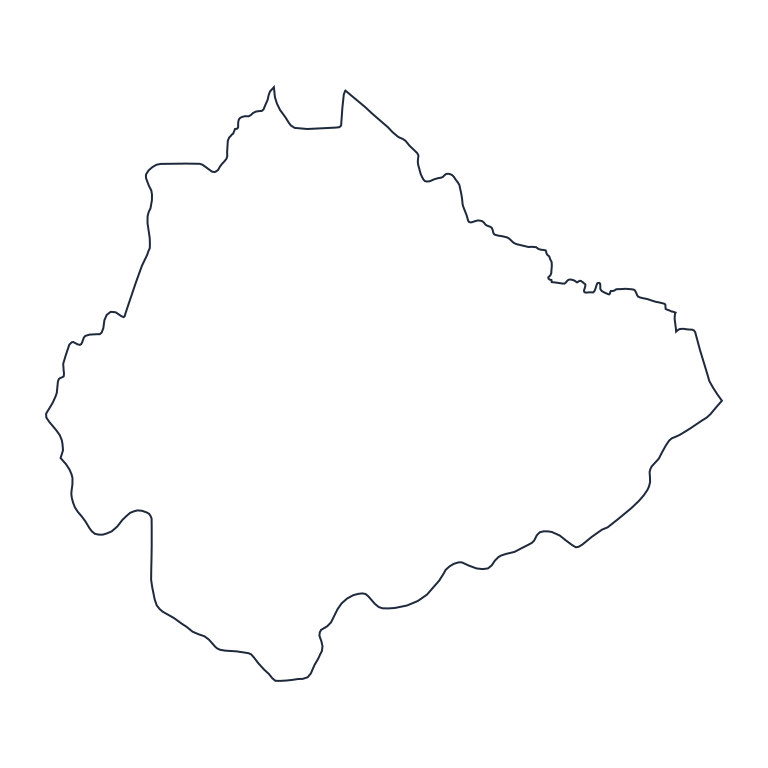 Phu Hoa, Phú Yên, Vietnam (Robinson projection)
{"feature_id": "81297802B95398881806036", "entity_name": "Phu Hoa", "entity_type": "district", "adm_level": 2, "iso_a3": "VNM", "parent_name": "Vietnam", "parent_adm1": "Phú Yên", "projection": "robinson", "projection_center": [109.194, 13.068], "detail": "fine", "context": "isolated", "style": "outline", "palette": "slate", "viewbox_px": 768, "rotation_deg": 0, "n_neighbors": 0, "source": "geoboundaries", "source_scale": "gbopen_adm2", "svg_char_len": 5995}
<svg xmlns="http://www.w3.org/2000/svg" viewBox="0 0 768 768"><path d="M721.9,400.7L717.3,394.3L713.0,387.6L709.3,381.0L706.9,372.7L699.9,349.7L695.2,332.2L694.0,330.5L692.3,329.7L687.5,329.4L683.3,328.8L679.8,329.0L677.6,330.2L676.1,331.6L675.9,328.6L675.6,326.5L675.3,323.9L674.8,320.3L674.6,317.8L675.0,313.9L675.6,312.6L672.3,311.5L671.6,311.5L669.3,310.4L666.7,309.5L665.7,309.0L665.5,307.7L665.4,304.9L664.7,303.9L663.5,303.5L658.6,302.3L655.8,301.8L652.5,300.8L647.8,299.2L644.8,298.5L642.9,298.2L639.9,297.4L638.1,296.6L638.0,296.4L637.2,295.4L636.3,293.1L635.5,291.4L634.7,290.2L633.6,289.6L631.9,289.3L625.5,288.8L620.7,289.1L616.6,289.2L615.9,289.5L614.1,290.7L611.9,291.1L610.8,291.0L610.3,291.9L609.9,293.5L609.5,294.1L609.1,294.4L607.8,294.0L604.6,292.6L601.8,291.1L600.5,289.4L600.3,288.2L600.3,285.3L600.1,283.6L599.2,282.9L598.2,282.9L597.6,283.1L596.9,284.1L595.4,288.9L594.3,291.3L593.8,291.8L593.1,292.4L590.0,292.3L585.8,292.6L584.5,292.2L584.0,291.1L584.1,290.1L585.2,286.6L585.4,285.2L585.3,284.3L584.2,283.5L582.6,282.1L581.0,281.0L579.6,280.8L578.3,281.6L577.4,282.3L576.8,282.3L575.6,281.4L574.5,280.6L572.9,280.0L570.6,279.5L569.1,279.6L567.6,280.4L566.1,282.2L565.4,282.9L564.4,283.6L562.1,283.5L556.2,282.6L551.7,282.1L551.6,281.0L551.4,279.9L550.4,279.8L549.4,279.5L548.6,278.7L548.3,278.0L548.3,277.3L549.3,276.4L550.3,275.4L550.9,274.1L551.3,272.9L551.4,270.6L551.8,266.3L551.7,262.7L551.4,261.4L550.7,260.3L550.2,259.2L549.4,256.8L549.0,256.2L547.6,255.1L547.0,254.3L546.3,252.8L546.1,251.3L545.6,250.4L543.2,249.9L541.4,249.8L538.7,249.1L536.6,247.6L536.2,247.2L531.8,246.8L528.5,247.0L524.3,246.0L519.2,244.8L516.1,244.0L513.9,242.9L513.5,242.7L511.8,241.1L509.3,238.7L507.1,237.4L502.1,236.2L498.7,235.7L495.8,235.0L494.3,234.4L493.3,232.8L492.6,229.8L491.7,227.8L490.3,226.8L487.0,225.6L485.5,224.7L483.9,222.6L482.4,221.3L480.9,220.8L478.1,220.4L475.2,221.1L472.3,222.1L471.1,222.4L469.3,222.1L468.2,220.9L466.7,215.5L464.3,209.4L463.1,206.2L462.6,204.2L462.1,199.1L461.3,193.9L460.3,189.3L459.4,185.1L458.1,182.8L455.6,179.5L453.9,176.9L452.3,175.2L450.7,174.4L448.8,173.8L447.1,173.8L445.7,174.2L444.1,175.7L442.6,177.1L440.9,177.7L437.9,178.2L433.9,179.4L430.6,180.9L429.0,181.4L426.8,181.5L424.9,181.1L423.4,179.5L421.8,176.5L420.6,173.7L419.4,169.2L418.3,165.3L418.0,163.8L417.8,161.3L418.1,158.2L418.4,156.4L418.3,155.1L417.2,153.1L413.2,149.2L409.6,145.8L405.5,140.8L402.7,138.9L399.3,137.5L397.3,136.2L392.3,131.9L387.8,127.1L379.4,119.9L371.6,113.1L365.4,107.3L345.4,90.6L345.1,91.0L343.8,94.5L342.4,107.6L341.1,125.6L339.4,127.2L335.6,127.6L307.4,129.0L294.7,127.9L290.8,125.4L288.9,122.9L285.5,117.4L280.0,109.9L276.9,103.5L274.9,97.0L273.9,87.2L270.0,91.5L268.7,95.0L267.6,99.9L264.9,106.0L263.6,109.3L261.9,110.9L259.0,111.1L255.8,111.6L252.9,113.1L250.7,115.2L248.5,116.3L244.9,116.2L241.9,117.0L240.0,118.0L238.8,119.6L238.2,122.3L238.1,127.5L236.9,128.8L235.0,129.0L233.2,133.6L231.7,134.7L230.5,136.3L229.3,137.3L227.8,140.8L227.5,145.9L227.1,152.7L227.3,156.0L226.5,158.7L224.6,161.1L221.9,164.0L219.9,166.7L218.1,169.9L216.4,171.2L214.9,172.0L213.5,171.9L212.0,171.6L208.9,169.4L205.6,166.9L204.4,166.1L202.5,164.7L199.6,163.8L185.7,163.6L160.8,163.9L156.6,164.7L152.4,167.1L148.7,170.3L146.2,174.1L145.9,175.9L146.1,178.4L148.9,185.8L151.3,190.4L152.0,194.7L151.9,200.2L150.5,208.3L148.7,211.9L147.6,216.2L147.5,223.0L149.7,237.9L149.9,243.6L149.8,248.2L148.3,251.4L147.2,254.8L145.1,259.2L141.9,265.8L135.6,283.3L128.9,303.1L125.6,313.0L124.6,316.3L123.6,317.1L121.4,316.2L115.7,312.3L113.0,312.0L110.6,311.9L106.7,314.9L104.4,320.2L103.3,328.3L101.6,332.6L99.8,334.2L96.9,334.2L89.7,334.6L85.3,335.9L83.8,337.7L82.1,342.5L81.2,344.1L79.9,344.9L77.5,344.3L73.2,342.0L71.7,342.3L69.3,344.7L65.7,355.4L63.2,363.8L63.6,369.8L64.0,373.8L63.7,376.3L62.2,377.3L60.2,378.0L58.7,379.3L57.9,381.7L56.8,392.8L55.5,396.6L52.8,402.5L50.3,406.8L47.8,410.8L46.1,413.7L46.3,417.5L49.2,421.8L55.9,429.8L59.7,435.0L61.8,440.2L62.5,444.0L63.0,450.3L60.6,458.0L66.1,464.3L69.5,469.5L71.6,474.5L72.5,478.1L72.4,484.6L71.6,490.4L71.3,493.9L71.8,497.8L73.0,502.4L74.9,507.4L78.0,512.1L81.4,516.0L85.5,521.5L89.3,527.9L91.7,531.2L94.9,533.8L98.5,534.6L102.5,534.7L106.9,533.4L111.8,531.3L117.3,526.5L122.3,520.0L126.8,515.7L130.2,512.8L134.3,511.2L137.5,510.4L142.1,510.8L146.8,512.5L149.2,513.9L149.7,514.7L150.6,516.1L151.6,518.6L151.7,527.9L151.7,545.5L151.5,559.2L151.3,566.3L151.1,579.7L152.2,587.1L154.7,599.5L156.8,605.5L159.8,609.2L162.7,611.7L174.2,618.2L181.9,623.8L186.3,626.6L192.6,631.7L198.4,634.2L204.5,636.3L208.9,639.6L215.1,646.6L217.0,648.3L219.9,649.7L224.8,650.6L236.8,651.4L244.8,652.6L248.5,653.2L251.2,654.4L254.1,657.7L258.4,663.3L264.2,669.7L268.8,673.9L272.4,678.3L275.4,680.8L280.1,680.9L286.9,680.5L293.1,679.8L298.0,679.0L302.6,678.9L307.6,677.3L310.8,673.5L314.6,664.8L318.1,658.9L320.1,654.5L321.9,651.0L322.5,646.4L321.5,641.7L319.4,635.6L319.8,632.3L321.1,629.9L327.3,626.2L331.0,622.4L337.6,609.1L341.6,603.4L347.0,598.6L353.2,595.2L358.1,593.9L359.6,593.7L362.3,593.4L365.6,594.0L368.3,596.3L375.0,604.0L378.9,607.1L382.6,608.3L388.4,608.4L394.7,608.0L407.0,605.5L417.8,601.0L427.0,594.6L433.5,587.1L439.2,580.6L443.5,573.8L445.7,569.8L449.4,566.5L453.6,563.9L458.8,562.3L462.0,562.4L468.6,565.5L476.4,568.4L479.0,568.7L482.7,569.1L488.0,568.4L491.7,565.4L494.5,561.2L495.0,560.5L498.5,557.0L501.2,555.5L506.1,553.9L514.5,551.9L520.6,548.7L527.3,545.3L531.8,542.9L534.2,540.5L536.8,535.3L539.7,532.3L543.7,531.3L548.2,531.4L551.9,532.0L559.7,535.5L566.4,540.8L572.0,545.0L575.9,547.3L576.3,547.2L578.6,546.8L582.3,544.6L591.7,536.9L601.9,529.7L607.7,527.3L618.8,518.5L627.4,511.4L631.7,507.8L639.0,500.8L643.7,495.4L647.4,490.0L649.0,486.5L650.1,482.1L650.0,478.0L649.6,472.0L650.3,469.3L651.6,466.5L658.5,459.0L658.8,458.7L662.1,452.2L665.9,445.4L669.1,440.6L672.0,438.2L675.4,436.9L679.9,434.8L689.5,428.9L701.7,420.7L706.8,417.5L710.6,414.0L715.3,408.3L721.9,400.7Z" fill="none" stroke="#1e293b" stroke-width="2"/></svg>